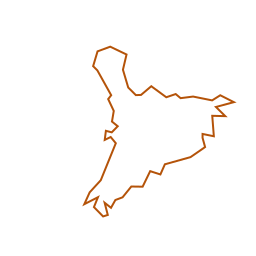 the district of Moore, Tennessee, United States of America, rotated 39°
{"feature_id": "52423323B16895111765374", "entity_name": "Moore", "entity_type": "district", "adm_level": 2, "iso_a3": "USA", "parent_name": "United States of America", "parent_adm1": "Tennessee", "projection": "mercator", "projection_center": [-86.361, 35.268], "detail": "fine", "context": "isolated", "style": "outline", "palette": "amber", "viewbox_px": 256, "rotation_deg": 39, "n_neighbors": 0, "source": "geoboundaries", "source_scale": "gbopen_adm2", "svg_char_len": 758}
<svg xmlns="http://www.w3.org/2000/svg" viewBox="0 0 256 256"><g transform="rotate(39 128 128)"><path d="M194.0,41.3L179.1,44.5L176.0,53.6L158.8,62.6L150.1,71.7L143.7,71.6L138.4,80.0L119.8,80.9L117.3,94.1L113.4,97.5L102.7,96.4L87.4,85.9L80.6,71.8L63.0,76.0L56.1,87.6L62.0,101.9L67.9,102.5L94.3,113.1L94.4,118.0L106.2,123.7L111.5,133.1L118.9,133.1L118.1,141.6L112.6,144.1L117.4,151.9L120.2,145.9L128.1,147.5L139.7,185.7L138.7,202.1L142.0,214.7L148.2,200.7L151.3,210.9L164.3,212.4L167.0,208.3L156.9,200.8L165.0,200.7L163.5,191.9L167.4,185.3L167.4,171.4L176.3,164.4L172.4,147.6L182.4,143.7L179.5,133.0L194.9,111.3L199.9,94.3L192.1,88.7L189.7,85.7L199.9,80.4L185.8,65.5L196.1,57.6L183.1,56.3L194.0,41.3Z" fill="none" stroke="#b45309" stroke-width="2"/></g></svg>